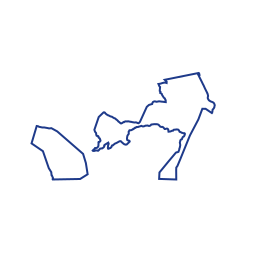 the district of Constancia del Rosario, Oaxaca, Mexico, rotated 311°
{"feature_id": "50627088B39624413829730", "entity_name": "Constancia del Rosario", "entity_type": "district", "adm_level": 2, "iso_a3": "MEX", "parent_name": "Mexico", "parent_adm1": "Oaxaca", "projection": "robinson", "projection_center": [-98.006, 17.064], "detail": "fine", "context": "isolated", "style": "outline", "palette": "blue", "viewbox_px": 256, "rotation_deg": 311, "n_neighbors": 0, "source": "geoboundaries", "source_scale": "gbopen_adm2", "svg_char_len": 5850}
<svg xmlns="http://www.w3.org/2000/svg" viewBox="0 0 256 256"><g transform="rotate(311 128 128)"><path d="M110.0,184.9L120.8,198.2L127.7,192.1L129.8,190.4L131.8,190.2L138.8,187.9L160.7,180.4L163.1,179.6L180.6,175.5L191.3,171.5L192.6,173.1L193.4,174.0L194.3,181.5L194.8,181.5L195.2,181.1L195.7,180.9L196.3,180.6L197.0,180.0L197.5,179.8L198.3,179.9L199.3,179.8L200.4,179.5L201.1,179.0L202.0,178.6L202.6,177.8L203.1,176.6L203.2,175.8L203.0,174.9L202.8,174.2L202.5,173.6L202.2,172.5L202.0,170.9L202.2,170.2L202.6,169.0L203.2,168.3L203.8,167.9L204.6,167.5L205.0,167.1L206.1,165.5L206.1,165.4L206.1,165.2L206.3,165.0L206.5,164.7L207.1,163.1L207.2,162.9L208.4,160.0L209.8,157.0L210.0,156.4L210.1,156.1L211.1,153.8L212.7,149.9L214.0,146.8L214.3,146.0L214.6,146.2L214.4,147.9L215.9,145.8L215.6,145.3L216.2,145.5L216.1,145.4L188.5,124.1L188.4,125.4L188.3,126.8L187.7,127.3L187.3,127.6L187.0,126.9L186.1,125.6L184.4,124.4L182.6,123.3L181.2,122.1L180.0,124.5L180.0,125.3L176.8,127.6L176.6,128.8L175.6,129.2L175.8,130.3L175.9,131.1L175.4,131.9L175.1,132.6L174.9,133.5L174.7,134.2L174.4,135.0L174.4,135.5L174.5,136.3L174.1,137.1L173.7,137.7L173.7,138.2L172.7,139.1L172.3,139.5L171.6,138.5L170.7,137.1L170.1,136.3L169.4,135.2L168.5,133.9L167.2,132.9L166.4,132.2L165.8,130.9L165.2,130.3L164.0,129.8L162.9,130.0L162.0,130.5L159.2,128.7L156.3,128.3L140.8,132.9L140.6,133.0L138.7,132.9L138.4,132.7L138.2,132.3L138.0,131.9L137.9,131.6L137.9,131.2L137.7,130.8L137.5,130.4L137.3,130.1L136.8,129.7L136.5,129.4L136.2,129.0L135.9,128.5L135.6,127.9L135.2,127.4L135.0,126.8L134.8,126.6L134.6,126.1L134.2,125.7L134.1,125.3L133.8,124.9L133.1,123.6L132.7,123.4L132.2,122.9L131.9,122.4L131.6,122.1L131.3,121.7L130.8,121.5L130.4,121.2L129.9,121.2L129.5,120.7L128.9,120.6L128.2,120.4L127.8,120.3L127.3,120.0L127.0,119.9L126.8,119.7L126.8,119.3L126.7,119.0L126.7,118.6L126.7,117.8L126.7,117.0L126.6,116.7L126.6,116.2L126.8,115.6L126.8,115.0L126.8,113.9L126.7,113.7L126.7,113.1L126.8,112.6L126.7,111.8L126.4,111.3L126.3,111.0L126.3,110.6L126.1,109.8L126.0,109.1L126.0,108.6L125.8,108.2L125.6,107.8L125.4,107.5L125.1,106.7L125.0,106.1L124.9,105.7L124.8,105.2L124.5,104.7L124.5,104.2L124.3,103.5L124.2,103.0L124.2,102.5L124.2,101.6L124.2,101.2L124.4,100.7L124.4,100.4L124.4,100.1L123.7,99.3L117.1,98.7L104.6,103.8L104.3,104.3L104.0,104.8L103.7,105.3L103.4,106.1L103.4,106.8L103.1,107.4L102.5,108.0L102.0,108.6L101.6,109.4L101.8,110.0L102.1,110.3L102.3,110.9L102.1,111.5L101.8,111.6L101.6,111.8L101.5,112.4L101.5,113.0L101.6,113.6L101.2,114.2L100.9,114.7L100.7,115.2L100.3,115.6L99.9,115.7L99.5,115.6L99.1,115.7L98.7,115.5L98.4,115.2L98.2,115.0L97.8,115.1L97.7,115.4L97.6,115.6L97.0,115.9L96.5,116.2L96.1,116.6L95.7,116.9L95.2,117.3L94.5,117.6L93.8,117.7L93.4,117.7L92.8,117.6L92.4,117.4L92.1,117.1L91.8,116.8L91.2,116.3L90.9,116.5L90.2,116.4L89.5,116.3L88.9,116.2L87.8,116.2L87.8,116.7L88.1,117.1L88.6,117.6L89.1,117.9L89.7,118.3L90.3,118.9L90.9,119.6L91.1,120.3L92.0,120.5L94.2,120.5L95.0,121.3L95.4,121.5L95.8,122.0L96.5,122.1L97.3,122.3L97.7,122.3L98.5,122.2L98.8,121.8L99.2,121.5L100.0,121.4L100.4,121.7L101.1,121.8L104.0,122.7L103.6,123.5L103.4,123.8L102.8,124.0L102.4,124.2L101.8,124.4L101.4,124.7L100.9,125.1L100.2,125.5L99.8,125.9L99.4,126.3L99.3,126.5L99.6,127.0L100.0,127.1L100.6,127.4L101.2,127.6L101.4,127.9L102.0,127.9L102.6,128.0L103.3,127.7L104.0,127.5L104.5,127.5L104.7,127.8L105.0,128.0L105.5,128.0L106.1,128.1L106.5,128.2L107.4,128.3L108.3,128.7L108.6,128.9L109.2,129.1L109.8,129.4L110.7,129.7L111.6,130.0L112.7,130.5L113.0,130.8L113.3,131.2L113.3,131.6L113.2,132.0L113.2,132.7L113.2,133.2L113.2,133.9L113.2,134.7L113.3,135.8L113.6,136.5L113.7,136.9L114.3,137.4L114.6,137.8L115.2,137.9L115.8,137.9L116.2,138.0L116.5,138.0L118.7,138.2L119.1,138.0L119.2,137.7L119.2,137.4L119.1,137.0L119.0,136.8L118.8,136.3L118.7,136.1L118.5,135.9L118.4,135.5L118.6,135.1L118.8,134.8L118.9,134.6L119.3,134.2L119.9,133.8L120.3,133.5L120.8,133.2L121.3,132.9L121.9,132.6L122.7,132.5L124.1,132.4L124.6,131.9L125.0,131.5L125.3,131.3L125.5,131.0L127.2,130.6L127.4,130.7L127.7,131.0L127.9,131.4L128.3,131.7L128.7,132.0L129.0,132.1L129.4,132.2L129.9,132.5L130.6,132.5L130.8,132.8L131.7,133.0L132.0,132.9L132.7,133.1L132.8,133.4L133.1,133.6L133.6,133.6L134.2,133.7L134.5,133.9L134.8,134.4L135.2,134.7L135.6,135.1L136.2,135.3L136.5,135.6L138.4,136.7L138.5,137.1L138.8,137.9L139.0,138.3L139.3,138.5L139.7,138.9L139.9,139.0L140.6,139.4L141.0,139.5L141.6,140.0L141.9,140.3L142.3,140.8L142.7,141.1L143.0,141.8L143.3,142.5L143.8,142.9L144.6,143.3L145.3,143.3L145.9,143.3L147.8,145.0L148.4,145.6L148.8,146.0L149.1,146.6L149.7,147.1L150.1,147.8L150.4,148.5L150.5,149.3L150.4,149.7L150.3,150.7L150.2,151.3L150.4,151.9L150.6,152.4L151.0,152.8L151.4,153.2L151.6,153.9L151.6,154.5L151.5,155.1L151.4,155.6L151.3,156.3L151.7,156.8L152.7,157.4L153.2,157.9L153.4,158.6L153.2,159.4L152.7,159.9L152.2,160.5L151.8,161.0L153.0,162.1L153.6,162.5L154.6,162.9L155.1,163.3L155.4,163.7L156.1,163.6L156.7,163.7L158.4,165.3L158.8,165.6L159.3,166.3L159.7,167.0L159.6,168.2L159.2,168.9L159.0,169.4L159.2,170.1L159.5,170.4L159.6,171.6L160.0,172.2L160.5,173.4L161.1,174.0L161.1,174.5L160.8,174.9L160.3,175.1L159.7,175.4L159.2,175.6L158.2,175.7L157.6,175.4L157.0,175.3L155.7,175.7L155.2,176.0L154.7,176.0L154.1,175.6L153.0,175.6L151.9,176.3L151.1,176.6L150.5,177.3L149.9,178.1L149.2,178.8L148.1,179.4L147.1,180.0L146.3,180.2L145.3,180.9L144.4,181.2L143.8,181.4L143.1,181.7L142.0,181.1L141.4,180.5L140.6,180.3L129.6,180.5L115.1,180.9L110.0,184.9ZM66.6,127.9L73.9,119.2L79.0,111.1L79.0,96.2L79.0,76.8L77.6,70.3L75.9,68.7L75.5,67.9L75.0,67.0L74.7,66.5L73.5,64.5L72.5,63.4L71.9,62.5L71.2,61.2L70.6,60.2L70.3,58.9L69.6,57.8L53.1,65.3L54.7,79.0L45.7,94.6L44.3,99.1L42.9,100.5L42.5,101.1L42.2,101.3L42.1,101.5L42.2,101.8L40.9,104.5L40.0,104.6L39.8,105.0L58.1,125.3L66.6,127.9Z" fill="none" stroke="#1e3a8a" stroke-width="2"/></g></svg>